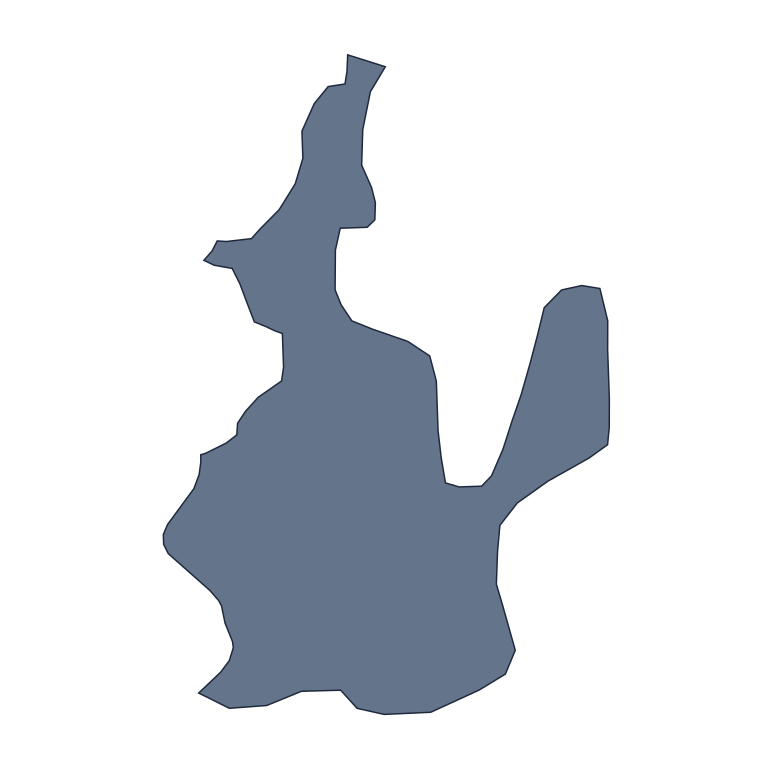 the state/province of Doboj, rotated 268°
{"feature_id": "BIH-4801", "entity_name": "Doboj", "entity_type": "state/province", "adm_level": 1, "iso_a3": "BIH", "parent_name": "Bosnia and Herzegovina", "parent_adm1": "", "projection": "robinson", "projection_center": [18.222, 44.862], "detail": "fine", "context": "isolated", "style": "filled", "palette": "slate", "viewbox_px": 768, "rotation_deg": 268, "n_neighbors": 0, "source": "natural_earth", "source_scale": "10m", "svg_char_len": 1432}
<svg xmlns="http://www.w3.org/2000/svg" viewBox="0 0 768 768"><g transform="rotate(268 384 384)"><path d="M81.6,188.0L101.6,210.6L113.0,219.8L125.7,224.2L131.9,223.6L150.6,216.8L167.8,213.9L173.2,211.3L183.7,202.8L222.0,162.5L231.4,158.2L241.3,158.2L251.3,162.9L286.1,190.4L300.0,196.1L312.3,198.2L319.7,198.4L319.8,198.7L320.8,202.9L330.5,224.3L338.3,235.1L349.9,236.3L361.5,244.6L375.1,257.8L390.6,281.7L404.1,284.2L424.5,284.2L438.0,284.2L440.9,276.9L445.8,267.3L450.6,256.6L468.0,250.6L489.3,243.4L504.8,236.3L508.6,218.4L513.9,208.3L522.9,216.8L532.8,222.3L531.9,231.5L533.9,256.6L542.6,264.9L562.0,285.4L587.2,302.3L612.4,310.8L639.5,310.8L666.7,324.1L683.2,338.6L685.2,355.5L697.7,357.9L714.2,359.2L701.0,396.4L676.6,380.6L638.7,371.6L603.5,369.3L580.9,378.4L565.6,381.7L548.4,380.6L541.2,372.7L541.2,363.7L541.2,345.7L519.5,340.1L479.8,338.4L464.5,344.0L448.2,354.1L439.2,374.4L425.7,409.3L410.4,430.7L385.1,436.4L335.4,436.4L308.3,438.6L283.0,442.0L278.5,455.5L278.5,478.0L288.4,488.2L314.6,500.6L342.6,510.7L368.8,520.8L400.4,531.0L426.7,538.9L454.7,546.8L471.8,564.8L475.5,585.1L471.9,603.1L439.4,609.8L410.4,608.7L361.6,608.7L332.7,607.6L315.5,605.3L302.8,586.2L281.2,544.5L260.4,513.0L238.7,494.9L212.5,491.6L180.0,489.3L158.3,494.9L113.3,505.9L89.9,495.2L74.9,468.6L54.3,419.2L53.8,372.6L60.8,345.8L79.5,330.0L79.8,290.8L66.8,255.6L65.3,218.1L81.6,188.0Z" fill="#64748b" stroke="#1e293b" stroke-width="1.5"/></g></svg>